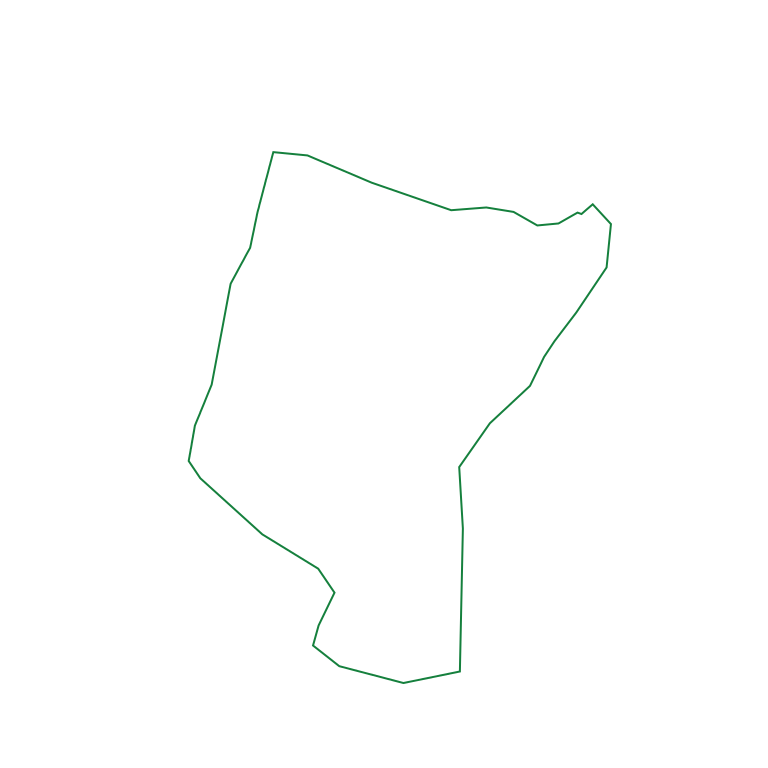 Abyei, South Kordufan, Sudan, rotated 32°
{"feature_id": "16777658B55499418827559", "entity_name": "Abyei", "entity_type": "district", "adm_level": 2, "iso_a3": "SDN", "parent_name": "Sudan", "parent_adm1": "South Kordufan", "projection": "robinson", "projection_center": [27.441, 10.846], "detail": "fine", "context": "isolated", "style": "outline", "palette": "green", "viewbox_px": 768, "rotation_deg": 32, "n_neighbors": 0, "source": "geoboundaries", "source_scale": "gbopen_adm2", "svg_char_len": 2421}
<svg xmlns="http://www.w3.org/2000/svg" viewBox="0 0 768 768"><g transform="rotate(32 384 384)"><path d="M170.3,255.9L171.0,258.0L171.1,258.3L171.7,260.5L172.2,262.0L173.2,265.1L175.2,271.6L175.8,273.8L176.3,275.1L176.5,276.0L176.6,276.3L176.9,277.1L177.0,277.3L177.2,278.0L177.7,279.6L177.8,280.0L178.1,281.1L178.7,282.9L179.5,285.4L179.8,286.5L180.4,288.3L181.3,291.2L181.6,292.2L182.0,293.5L182.2,294.2L182.3,294.3L182.7,295.8L182.8,296.1L183.4,298.1L183.6,298.7L184.0,299.7L184.5,301.3L185.2,303.8L185.5,304.7L185.6,305.0L185.8,305.6L185.9,305.9L186.0,306.1L186.4,307.3L186.5,307.7L186.9,308.6L187.7,310.7L187.8,311.0L188.0,311.5L188.4,312.6L188.5,313.0L188.8,313.6L189.1,314.6L189.7,316.2L190.1,317.4L190.2,317.5L191.0,319.7L192.2,322.8L192.3,323.1L193.6,326.7L194.3,328.6L194.4,328.9L195.7,332.4L196.2,333.8L196.7,335.0L198.2,339.2L198.3,339.4L198.6,345.3L198.8,348.7L199.1,352.8L199.2,354.1L199.3,356.8L199.8,364.5L199.9,365.9L200.2,370.6L200.6,377.0L200.8,380.1L201.1,381.0L207.1,396.4L216.9,421.3L217.2,422.1L218.3,424.9L222.9,436.7L238.2,475.9L239.4,482.9L240.2,487.6L240.7,490.4L241.1,492.7L241.6,495.4L243.0,503.8L243.2,505.2L243.4,505.8L244.7,513.8L245.4,517.9L245.6,518.9L245.7,519.6L246.1,520.5L246.6,521.8L246.9,522.4L247.2,523.2L247.5,523.9L247.8,524.6L247.9,525.0L248.0,525.1L248.1,525.4L248.2,525.7L248.4,526.2L248.5,526.3L248.7,526.9L249.1,528.0L249.3,528.3L249.4,528.7L249.5,529.0L249.7,529.3L250.0,530.0L250.3,530.8L250.6,531.6L250.8,532.1L251.0,532.5L251.2,533.1L251.5,533.9L251.9,534.7L251.9,534.9L252.1,535.2L252.1,535.4L252.4,536.1L252.9,537.2L253.8,539.4L254.5,541.1L254.6,541.6L255.1,542.7L255.2,542.9L255.3,543.1L255.8,544.4L255.9,544.6L256.9,547.2L257.2,547.9L257.6,548.8L257.7,549.2L258.1,550.1L258.4,550.9L258.7,551.7L258.9,552.1L259.1,552.6L259.2,552.8L278.2,561.3L360.5,576.0L426.1,575.5L452.6,587.2L456.5,623.4L462.4,643.4L495.6,647.0L558.9,627.3L600.7,587.6L527.5,464.8L491.8,414.6L494.6,361.2L508.8,308.2L506.4,285.3L505.4,276.2L505.9,257.4L509.2,221.4L511.0,167.2L491.7,128.1L465.8,121.0L463.4,128.6L461.4,135.2L457.3,136.1L454.1,142.0L446.9,155.4L430.0,168.3L402.7,169.4L377.2,180.1L348.9,201.0L266.9,219.8L205.7,229.5L198.0,230.7L167.3,246.0L167.4,246.3L167.6,247.2L167.7,247.3L167.8,247.7L167.9,248.1L168.4,249.7L168.5,250.1L169.1,252.0L169.3,252.5L169.6,253.6L169.7,253.8L170.0,254.9L170.2,255.4L170.2,255.6L170.3,255.9Z" fill="none" stroke="#15803d" stroke-width="2"/></g></svg>